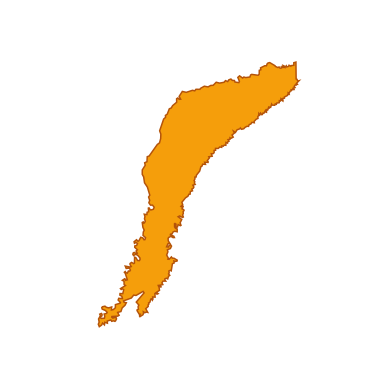 Zentla, Veracruz, Mexico (orthographic projection), rotated 113°
{"feature_id": "50627088B99707223574870", "entity_name": "Zentla", "entity_type": "district", "adm_level": 2, "iso_a3": "MEX", "parent_name": "Mexico", "parent_adm1": "Veracruz", "projection": "orthographic", "projection_center": [-96.71, 19.078], "detail": "fine", "context": "isolated", "style": "filled", "palette": "amber", "viewbox_px": 384, "rotation_deg": 113, "n_neighbors": 0, "source": "geoboundaries", "source_scale": "gbopen_adm2", "svg_char_len": 6049}
<svg xmlns="http://www.w3.org/2000/svg" viewBox="0 0 384 384"><g transform="rotate(113 192 192)"><path d="M352.2,224.7L349.8,223.2L347.6,223.1L348.5,220.7L346.0,221.4L345.8,218.6L343.9,219.6L341.5,216.7L342.4,215.4L341.2,213.8L341.2,212.4L340.4,212.0L338.3,211.9L337.4,212.6L337.6,214.0L339.0,215.6L338.6,217.0L337.9,217.1L335.3,211.9L334.0,210.9L331.9,213.4L329.8,210.7L326.0,211.0L322.5,209.4L319.6,209.2L320.1,211.4L319.0,212.5L313.3,206.4L309.7,205.4L309.1,203.1L302.6,198.2L303.6,196.7L315.1,200.3L316.8,196.8L318.7,196.8L320.9,195.5L322.0,196.5L322.7,196.2L325.2,192.7L324.8,191.9L326.6,191.9L327.1,191.2L324.2,189.2L322.6,189.2L321.2,190.0L321.5,188.2L320.4,187.2L320.1,185.7L317.5,189.0L314.5,187.6L313.1,188.3L311.9,187.9L311.1,188.6L309.9,187.7L306.7,188.1L306.1,187.5L307.1,186.2L305.8,186.1L304.0,187.2L303.2,184.9L299.9,186.5L299.4,185.9L299.7,184.3L298.8,183.5L298.4,185.6L295.2,183.5L292.8,184.9L291.2,186.6L290.8,185.9L291.7,183.7L291.4,183.4L290.2,184.9L288.6,182.7L287.4,184.2L285.4,183.9L284.3,181.4L283.5,182.7L282.5,183.0L281.4,181.9L281.5,180.4L278.8,180.7L277.4,179.9L276.6,181.6L275.4,181.4L273.8,182.4L272.6,181.4L272.7,180.3L265.7,182.0L264.3,180.7L262.6,181.7L262.5,180.3L261.4,178.8L260.5,179.0L260.0,182.8L260.6,184.2L259.8,185.6L262.9,186.8L263.2,188.0L262.1,188.0L259.9,190.7L256.5,190.8L254.8,192.1L252.5,189.8L249.8,189.7L249.0,191.0L250.4,192.2L251.8,192.1L252.4,194.0L248.9,193.9L248.1,192.1L246.3,194.7L244.3,195.8L243.1,195.8L241.1,194.1L241.4,191.6L240.8,190.4L239.8,191.5L239.9,195.2L239.2,195.3L238.3,194.0L236.2,193.8L234.9,192.6L234.4,190.1L231.8,191.2L231.9,192.9L231.0,194.4L228.0,195.7L227.6,195.4L227.8,194.2L229.9,193.4L230.6,192.5L229.9,191.7L227.4,192.0L227.6,189.6L227.0,189.1L225.0,190.9L221.3,190.7L220.2,195.1L218.9,194.1L219.1,190.7L218.4,190.2L216.8,191.7L215.2,191.6L213.6,192.5L212.2,192.1L211.5,192.7L211.4,194.6L208.7,194.5L208.5,194.9L209.7,195.9L209.6,196.6L207.3,195.6L205.4,197.3L199.9,195.7L197.5,194.1L195.3,194.0L194.7,192.9L192.2,193.7L190.7,192.0L189.4,193.3L188.0,192.3L186.7,192.2L185.4,193.9L183.8,192.0L182.9,193.3L181.5,193.4L180.8,194.5L178.8,194.4L177.2,195.2L176.6,194.1L174.8,194.5L169.7,193.1L165.2,193.7L164.2,192.9L162.3,193.1L161.3,190.4L159.7,192.0L158.5,188.8L158.0,188.8L157.1,190.2L153.8,189.3L153.0,190.3L151.2,187.4L149.2,189.2L148.6,187.7L147.2,187.0L145.1,187.9L144.4,186.6L142.7,187.4L141.7,184.9L139.7,184.0L139.3,182.1L137.8,182.5L137.6,181.1L136.3,180.7L135.8,179.1L133.1,180.1L133.1,178.4L131.9,178.7L130.7,177.8L129.7,179.3L128.7,177.7L127.3,178.2L127.5,177.2L125.4,175.5L123.9,177.4L121.2,176.0L119.8,177.5L120.2,175.3L117.1,174.8L115.0,172.5L114.2,172.5L114.9,170.9L113.6,169.1L111.7,168.4L110.0,167.0L109.5,165.6L107.6,165.7L106.4,164.4L104.5,164.1L103.9,161.7L102.8,162.4L99.8,161.3L98.5,160.0L96.8,160.9L95.7,160.5L93.7,161.1L94.6,159.7L92.6,159.7L93.6,158.1L93.2,157.5L91.6,157.5L91.4,156.6L88.7,156.3L89.6,155.7L89.5,154.6L87.8,155.3L87.2,154.6L86.8,155.3L86.0,154.3L84.0,154.6L84.3,153.5L83.4,153.5L83.3,152.7L80.0,153.0L80.7,152.1L79.8,149.7L78.4,149.8L78.3,148.6L77.1,148.8L75.7,146.6L73.9,147.3L73.7,146.2L72.3,146.5L72.6,144.7L71.5,145.8L71.8,144.3L70.5,145.1L69.5,143.6L68.5,144.1L65.8,141.8L64.7,142.1L64.2,140.8L63.0,142.1L62.9,141.1L61.0,141.1L60.0,140.2L59.1,140.7L58.5,139.1L57.5,139.5L57.5,138.3L56.5,139.1L55.6,138.0L54.9,139.2L53.3,138.9L52.8,137.9L52.2,138.3L51.7,137.1L50.9,138.2L47.8,137.0L48.6,138.0L47.2,139.5L47.3,140.3L31.8,147.1L33.2,148.8L35.6,147.8L36.9,150.1L37.6,150.2L37.4,152.2L38.6,152.2L39.8,153.6L39.0,154.5L40.1,154.7L40.0,157.1L41.0,155.8L41.0,157.4L41.6,156.8L41.9,158.5L42.6,157.9L43.4,158.6L43.5,160.0L42.9,160.7L43.9,161.7L43.8,164.4L43.3,164.9L42.5,171.0L43.5,172.4L44.5,172.9L46.7,172.8L47.3,174.3L50.9,177.4L52.6,176.4L53.7,177.6L57.3,176.2L58.7,176.7L60.4,183.0L61.4,183.8L63.5,183.6L65.7,187.3L65.9,189.2L67.3,189.9L66.5,193.6L68.6,194.6L71.6,191.6L73.0,191.6L74.0,195.4L72.8,196.5L73.5,198.5L72.8,200.3L74.3,201.9L76.4,202.3L76.4,204.7L78.5,205.4L81.0,209.2L81.5,212.6L85.5,214.2L86.6,216.4L89.0,218.3L89.8,222.0L93.3,224.7L94.4,224.8L95.9,228.5L97.8,229.0L98.2,231.3L102.5,236.2L103.2,240.2L109.0,241.2L111.0,238.7L111.7,239.9L111.0,241.8L112.2,242.6L115.4,241.2L120.1,243.6L122.7,243.9L124.3,245.4L130.0,245.2L131.9,246.4L133.6,245.5L135.9,246.6L148.3,245.7L150.9,243.3L155.1,241.7L159.5,241.1L161.8,242.5L175.6,245.5L177.0,247.0L181.7,245.3L183.6,247.0L185.7,245.5L191.1,246.4L195.2,244.7L197.0,242.4L202.1,239.3L204.9,235.0L211.4,229.6L213.6,230.0L216.2,227.7L218.8,227.5L220.3,225.1L219.5,223.2L220.8,220.9L223.0,220.8L224.5,222.7L224.7,223.4L223.4,225.4L223.9,225.9L227.1,224.2L228.2,225.4L230.4,224.7L231.1,227.3L233.0,225.7L235.2,225.3L237.1,223.6L239.0,223.7L239.5,224.2L238.6,225.2L239.5,225.9L243.7,223.4L245.8,221.1L247.9,221.2L251.1,220.1L252.2,216.9L254.2,216.7L254.7,217.5L253.5,219.3L253.7,221.5L257.4,221.8L258.5,222.4L257.6,224.4L260.4,225.9L261.7,224.9L260.3,223.8L260.8,222.0L262.8,222.1L264.0,223.6L265.3,223.1L266.5,219.7L268.2,220.4L269.8,218.4L270.5,218.9L270.2,221.6L271.1,222.3L272.5,222.1L273.3,221.0L271.2,219.3L271.7,216.7L273.1,214.1L274.6,213.4L275.8,213.7L276.3,215.4L274.3,218.1L274.4,219.4L280.0,217.2L280.7,217.7L280.4,220.1L282.0,221.1L283.1,220.6L284.4,218.8L285.3,219.8L286.3,224.5L288.1,222.7L286.5,219.9L287.9,218.2L289.1,218.4L289.6,219.7L291.9,219.8L292.1,221.2L291.3,222.4L292.3,222.9L293.0,221.6L298.1,217.2L299.2,218.6L298.3,219.2L298.2,220.1L300.5,221.6L300.7,219.7L303.6,218.4L304.1,216.7L308.9,220.1L309.4,219.1L308.3,218.2L308.6,216.7L312.6,216.0L313.6,218.6L315.1,218.1L315.4,215.8L317.3,214.4L318.5,217.9L320.3,217.8L321.7,214.7L322.4,214.7L325.6,218.5L328.5,217.3L331.0,218.5L332.1,220.1L329.2,221.0L331.2,223.4L331.6,225.7L331.1,227.5L332.6,229.6L333.7,229.9L334.9,228.9L334.9,225.4L335.9,223.1L337.1,223.2L338.7,225.2L340.5,223.7L342.4,223.3L343.8,226.1L343.7,226.9L342.4,227.3L341.2,226.5L339.7,227.0L339.2,228.0L340.5,229.2L341.7,228.0L345.4,228.4L348.1,226.6L350.3,226.6L352.2,224.7Z" fill="#f59e0b" stroke="#b45309" stroke-width="1.5"/></g></svg>